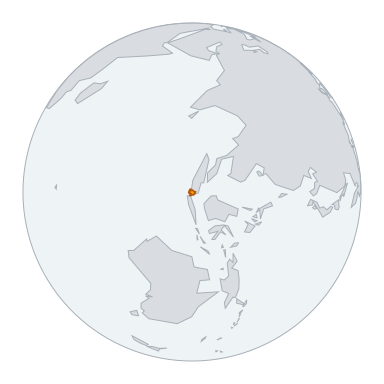 Lampung on an orthographic globe, rotated 64°
{"feature_id": "IDN-1229", "entity_name": "Lampung", "entity_type": "Province", "adm_level": 1, "iso_a3": "IDN", "parent_name": "Indonesia", "parent_adm1": "", "projection": "orthographic", "projection_center": [104.899, -4.841], "detail": "fine", "context": "on_globe", "style": "filled", "palette": "amber", "viewbox_px": 384, "rotation_deg": 64, "n_neighbors": 0, "source": "natural_earth", "source_scale": "10m", "svg_char_len": 8439}
<svg xmlns="http://www.w3.org/2000/svg" viewBox="0 0 384 384"><g transform="rotate(64 192 192)"><circle cx="192" cy="192" r="169" fill="#eef3f6" stroke="#a8b0b8"/><path d="M348.9,235.1L348.6,236.3L348.5,236.5L348.9,235.1ZM261.2,37.9L258.5,36.7L261.1,37.9L250.6,33.5L254.8,35.2L261.2,37.9ZM243.9,31.2L243.7,31.1L243.9,31.2ZM47.1,105.1L46.5,106.2L51.0,99.3L51.3,102.7L54.9,101.4L65.7,87.4L59.8,89.0L64.1,82.8L73.0,75.9L79.0,75.6L80.8,73.3L81.5,68.7L87.4,64.4L82.3,67.0L81.0,69.0L77.8,71.0L78.7,69.3L80.8,67.6L80.3,67.0L70.7,75.8L68.3,78.8L64.2,81.7L59.9,87.4L57.2,90.6L63.4,82.4L66.3,79.1L66.6,78.7L77.3,67.9L89.0,58.1L101.5,49.3L101.2,49.5L106.4,46.3L110.2,44.4L109.9,44.3L124.0,37.3L138.6,31.7L133.9,34.1L129.0,35.9L128.4,35.7L123.0,38.5L126.3,37.0L126.0,37.5L132.0,35.0L132.1,35.3L137.8,32.8L138.5,32.9L134.9,34.5L144.5,31.8L147.8,31.9L150.0,31.2L151.3,30.4L154.6,31.5L156.0,31.0L155.5,30.4L158.0,29.1L163.8,27.6L164.6,28.0L162.6,28.6L159.8,31.0L154.4,33.0L155.3,33.1L160.2,31.5L163.7,28.5L166.9,27.5L165.9,28.6L166.5,28.1L168.4,27.8L171.0,28.0L172.4,26.8L191.7,24.5L198.6,25.3L195.6,26.1L210.0,26.8L216.7,28.8L216.2,28.1L222.7,28.6L220.7,27.9L221.0,27.7L236.9,30.2L241.2,31.6L247.5,32.9L247.2,32.7L244.4,31.7L250.6,33.5L261.1,37.9L261.1,38.1L267.6,41.1L266.8,41.4L269.1,43.4L264.4,42.7L266.7,44.8L269.0,45.8L273.8,49.9L275.6,55.6L264.0,46.3L259.2,39.3L260.2,41.4L257.0,39.7L255.5,39.9L256.5,41.9L258.5,42.8L244.7,41.8L241.1,47.4L248.7,48.6L253.5,51.9L256.1,62.0L242.0,74.2L248.2,80.8L248.7,84.6L243.3,86.0L242.5,80.4L237.1,77.5L237.5,74.5L228.6,75.6L228.8,71.4L221.8,74.8L224.5,78.6L232.2,78.8L226.1,84.3L234.1,92.0L235.0,100.3L221.7,113.9L208.1,117.4L207.3,120.2L201.9,116.5L194.7,121.7L204.7,139.1L204.4,144.0L192.8,152.7L192.5,149.0L178.2,139.1L175.5,151.0L186.3,161.6L190.0,173.9L181.7,169.7L177.9,158.9L172.9,155.1L174.3,144.7L170.2,129.5L161.8,132.0L162.5,126.1L155.7,114.1L143.6,117.7L124.4,133.4L121.6,149.0L115.1,156.1L107.5,133.9L108.0,119.5L102.7,121.0L97.0,109.6L79.8,110.2L79.6,106.8L75.8,108.8L72.1,105.8L72.6,100.3L69.4,101.1L68.6,115.7L72.3,115.0L78.6,108.7L77.4,114.2L81.3,118.8L69.1,133.3L47.2,148.5L48.8,137.1L51.7,108.6L53.7,105.2L53.8,104.8L54.1,104.2L50.5,109.8L52.3,104.5L46.7,124.0L44.2,133.1L46.9,149.2L45.7,151.2L47.7,154.5L58.7,148.7L57.9,152.6L50.4,171.9L38.5,199.9L42.3,217.4L45.1,232.9L42.5,244.4L47.6,256.2L47.0,261.2L50.2,268.0L52.4,275.9L54.4,283.8L52.4,285.8L48.4,279.7L41.6,268.6L34.3,252.6L30.2,240.5L27.0,228.2L24.7,215.6L23.4,202.9L23.1,190.1L23.7,177.4L25.3,164.7L27.8,152.2L31.3,139.9L35.7,127.9L41.0,116.3L47.1,105.1ZM81.4,82.9L87.4,83.1L91.4,75.2L94.0,74.8L94.4,72.4L91.6,74.6L93.5,68.5L98.5,66.2L101.1,63.1L99.2,63.0L89.8,68.4L87.0,76.9L82.8,80.3L81.4,82.9ZM62.8,89.9L59.7,92.8L60.1,91.7L61.0,90.9L62.8,89.9ZM56.4,92.0L56.3,93.1L55.6,93.0L56.4,92.0ZM126.4,310.7L129.9,312.8L127.6,313.1L126.4,310.7ZM59.4,228.2L62.4,256.1L58.2,256.8L54.2,248.9L50.9,232.3L54.6,226.9L55.5,219.3L59.4,228.2ZM232.5,206.3L237.5,207.6L237.3,208.4L232.5,206.3ZM227.3,203.0L233.0,203.8L226.2,204.7L227.3,203.0ZM235.3,204.2L241.2,203.3L243.7,202.3L243.2,203.9L235.3,204.2ZM223.3,202.7L201.9,200.6L193.4,197.9L195.4,195.1L209.1,196.9L223.3,202.7ZM194.7,195.0L181.7,186.0L163.9,161.9L170.3,162.5L188.9,177.4L187.7,179.8L195.6,186.8L194.7,195.0ZM226.1,182.4L224.9,189.8L213.0,188.1L207.7,186.4L203.9,176.6L206.0,171.9L210.4,172.4L227.5,157.9L233.5,162.4L228.3,168.6L233.1,175.5L226.1,182.4ZM122.3,150.5L125.7,160.0L122.2,161.6L122.3,150.5ZM234.4,147.6L227.5,153.7L233.8,145.3L234.4,147.6ZM238.1,139.6L238.5,143.0L235.7,139.4L238.1,139.6ZM207.2,124.6L202.5,125.1L202.4,122.7L208.3,120.9L207.2,124.6ZM235.6,107.7L235.7,114.2L234.8,116.3L232.6,112.1L235.6,107.7ZM168.0,25.8L158.9,27.3L153.1,28.7L151.0,29.9L150.1,29.2L159.0,26.9L168.0,25.8ZM188.6,24.4L190.5,23.9L192.3,24.1L192.1,24.2L188.6,24.4ZM187.9,24.1L185.3,23.7L188.0,23.5L189.5,23.8L187.9,24.1ZM168.3,24.7L170.1,24.5L167.3,24.9L167.9,24.8L168.3,24.7ZM309.6,298.2L309.9,300.4L305.1,304.8L299.2,308.8L295.0,308.9L309.6,298.2ZM272.6,300.2L274.1,293.5L279.8,294.3L276.0,299.7L272.6,300.2ZM313.6,295.2L318.0,290.3L321.3,282.9L318.8,290.0L320.3,291.8L310.8,300.4L313.6,295.2ZM256.1,269.1L223.4,277.4L216.6,275.0L219.0,269.9L214.3,253.4L216.6,254.0L216.0,243.3L235.7,235.8L250.1,220.5L260.3,223.0L268.4,212.1L278.6,214.7L275.1,223.7L285.0,232.1L293.3,212.1L297.9,236.6L304.0,247.0L303.9,263.0L287.0,286.3L278.8,289.7L277.9,286.8L274.3,288.8L269.7,286.6L268.6,277.2L265.0,279.3L269.1,273.4L263.6,278.3L261.8,272.3L256.1,269.1ZM328.2,243.0L329.3,244.2L330.4,249.3L328.8,247.7L328.2,243.0ZM346.0,238.3L346.1,240.6L345.1,240.4L346.0,238.3ZM348.5,236.5L347.4,236.4L348.9,235.1L348.5,236.5ZM335.9,231.7L336.3,233.5L335.8,233.8L335.9,231.7ZM335.5,231.0L336.4,229.0L336.1,231.3L335.5,231.0ZM330.9,215.9L331.7,215.0L332.0,216.1L330.9,215.9ZM244.9,208.6L252.0,203.5L255.8,203.5L244.9,208.6ZM329.9,213.0L328.0,212.1L328.3,210.9L329.9,213.0ZM330.2,210.2L330.1,208.4L331.1,212.9L330.2,210.2ZM326.6,205.0L328.9,208.9L326.4,205.3L326.6,205.0ZM325.2,204.9L323.5,203.0L323.6,202.6L325.2,204.9ZM304.4,201.2L311.1,213.1L305.5,211.3L299.3,203.5L294.0,208.2L282.3,204.8L285.2,201.7L283.7,195.9L271.3,191.5L268.9,187.6L273.3,186.0L265.0,181.9L274.1,181.8L277.8,189.6L282.8,185.0L291.5,188.1L299.6,192.4L306.0,199.4L304.4,201.2ZM274.0,197.6L275.5,197.9L274.1,199.9L274.0,197.6ZM320.2,197.9L322.7,202.3L322.3,203.1L321.1,202.1L320.2,197.9ZM307.5,198.6L314.5,194.5L316.1,195.0L311.5,200.6L307.5,198.6ZM312.9,190.1L316.1,191.9L317.6,195.7L317.0,196.5L312.9,190.1ZM255.5,188.0L255.1,189.9L252.7,188.0L255.5,188.0ZM258.6,187.3L265.7,190.5L257.9,188.9L258.6,187.3ZM236.5,177.5L238.7,182.4L245.4,180.3L240.3,183.9L244.8,192.3L243.2,195.0L238.7,186.0L237.0,194.5L234.0,194.0L232.5,186.4L235.5,177.8L238.5,174.4L250.7,174.5L236.5,177.5ZM258.6,181.5L256.6,175.9L258.1,172.5L260.1,175.6L258.6,181.5ZM250.9,162.3L245.7,155.7L241.1,157.4L250.3,150.3L253.8,157.8L250.9,162.3ZM246.4,148.7L242.0,150.2L246.4,146.0L246.4,148.7ZM240.9,148.1L240.3,144.0L243.8,144.9L240.9,148.1ZM248.6,149.2L249.3,142.4L251.1,146.7L248.6,149.2ZM238.6,134.9L246.2,142.3L236.5,138.4L235.7,125.6L239.8,125.7L238.6,134.9ZM259.0,90.5L257.8,87.3L261.4,87.2L261.2,89.4L259.0,90.5ZM271.9,85.6L261.9,86.3L253.7,87.5L256.4,89.3L255.0,94.2L250.6,88.7L256.0,84.1L262.4,84.2L262.9,80.3L267.2,78.6L265.6,73.6L267.4,72.1L270.8,76.8L271.9,85.6ZM264.6,71.6L263.3,63.8L270.3,66.5L272.1,68.7L269.8,71.0L266.3,69.5L264.6,71.6ZM265.1,62.9L261.6,61.5L252.5,50.2L252.3,48.6L262.9,57.8L260.2,57.1L261.3,59.6L265.1,62.9ZM244.6,31.4L243.8,31.2L245.6,31.8L244.6,31.4ZM219.7,27.3L220.4,27.1L222.5,27.6L219.7,27.3ZM223.4,26.9L220.5,26.5L223.2,26.8L223.4,26.9ZM214.1,25.8L219.2,26.2L214.8,26.1L214.1,25.8Z" fill="#d9dde1" stroke="#a8b0b8" stroke-width="1"/><path d="M194.7,190.0L194.7,190.3L194.7,190.5L194.8,190.6L194.9,190.8L195.0,190.9L194.9,191.0L195.0,191.1L194.9,191.2L194.9,191.3L195.0,191.5L194.9,191.5L194.8,191.8L194.8,192.0L195.0,192.2L195.0,192.3L194.9,192.4L194.9,192.5L194.8,192.8L194.8,193.1L194.8,193.5L194.7,193.6L194.8,193.9L194.7,194.0L194.7,194.3L194.7,194.5L194.6,194.8L194.5,195.0L194.4,195.1L194.4,194.9L194.1,194.9L194.0,194.6L193.9,194.4L193.9,194.5L193.8,194.4L193.7,194.4L193.5,194.2L193.4,194.1L193.2,193.8L193.1,194.0L192.9,194.2L192.9,194.3L192.9,194.5L192.7,194.6L192.8,194.7L192.9,194.8L192.7,194.8L192.5,194.7L192.0,194.4L191.8,194.3L191.7,194.3L191.6,194.2L191.4,194.0L191.2,193.9L191.0,194.0L190.9,194.0L191.4,194.9L191.4,195.0L191.5,195.2L191.4,195.2L191.0,195.2L190.8,194.8L190.7,194.8L190.7,194.7L190.4,194.5L190.2,194.4L190.3,194.3L190.2,194.2L189.9,194.0L189.9,193.9L189.7,193.8L189.5,193.5L189.3,193.4L189.4,193.2L189.2,193.1L189.1,192.9L188.9,192.7L188.7,192.6L188.6,192.4L188.4,192.3L188.2,192.2L188.3,192.2L188.5,192.1L188.7,191.9L188.8,192.0L189.0,192.2L189.0,192.3L189.3,192.3L189.5,192.3L189.8,192.3L190.0,192.2L190.3,192.1L190.4,191.9L190.2,191.8L190.2,191.7L190.2,191.4L190.3,191.4L190.2,191.1L190.2,190.9L190.3,190.8L190.5,190.7L190.9,190.5L191.0,190.4L191.3,190.4L191.8,190.2L192.0,190.1L192.3,190.0L192.4,189.9L192.5,189.9L192.5,189.7L192.7,189.4L192.8,189.3L192.9,189.2L192.9,189.3L193.0,189.3L193.0,189.2L193.2,188.9L193.3,188.8L193.5,188.9L193.6,189.0L193.8,189.1L193.9,189.3L194.0,189.3L194.1,189.5L194.2,189.8L194.3,189.8L194.4,190.0L194.5,190.0L194.5,189.9L194.7,190.0ZM191.8,194.7L191.9,194.8L191.7,194.8L191.6,194.7L191.8,194.7L191.8,194.7Z" fill="#f59e0b" stroke="#b45309" stroke-width="1.5"/></g></svg>